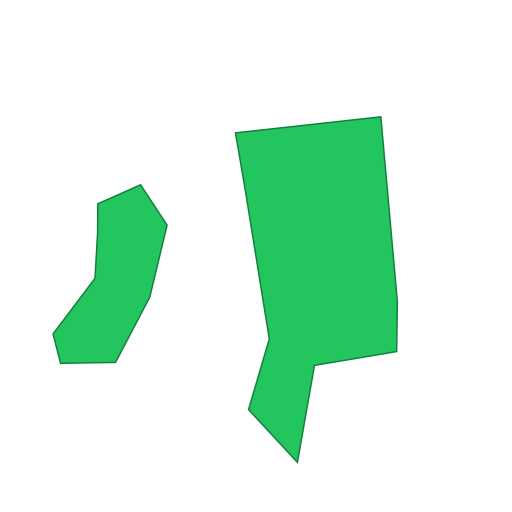 outline of Warwick, rotated 292°
{"feature_id": "BMU-5144", "entity_name": "Warwick", "entity_type": "state/province", "adm_level": 1, "iso_a3": "BMU", "parent_name": "Bermuda", "parent_adm1": "", "projection": "orthographic", "projection_center": [-64.817, 32.272], "detail": "fine", "context": "isolated", "style": "filled", "palette": "green", "viewbox_px": 512, "rotation_deg": 292, "n_neighbors": 0, "source": "natural_earth", "source_scale": "10m", "svg_char_len": 407}
<svg xmlns="http://www.w3.org/2000/svg" viewBox="0 0 512 512"><g transform="rotate(292 256 256)"><path d="M80.2,371.7L110.8,306.6L184.1,299.4L315.5,219.9L362.5,190.8L431.8,319.6L266.6,404.2L220.1,422.2L176.5,351.2L80.2,371.7ZM251.3,162.0L178.0,172.9L104.7,165.6L83.3,115.0L107.7,97.0L175.0,115.1L217.7,100.6L245.2,89.8L278.8,122.3L251.3,162.0Z" fill="#22c55e" stroke="#15803d" stroke-width="1.5"/></g></svg>